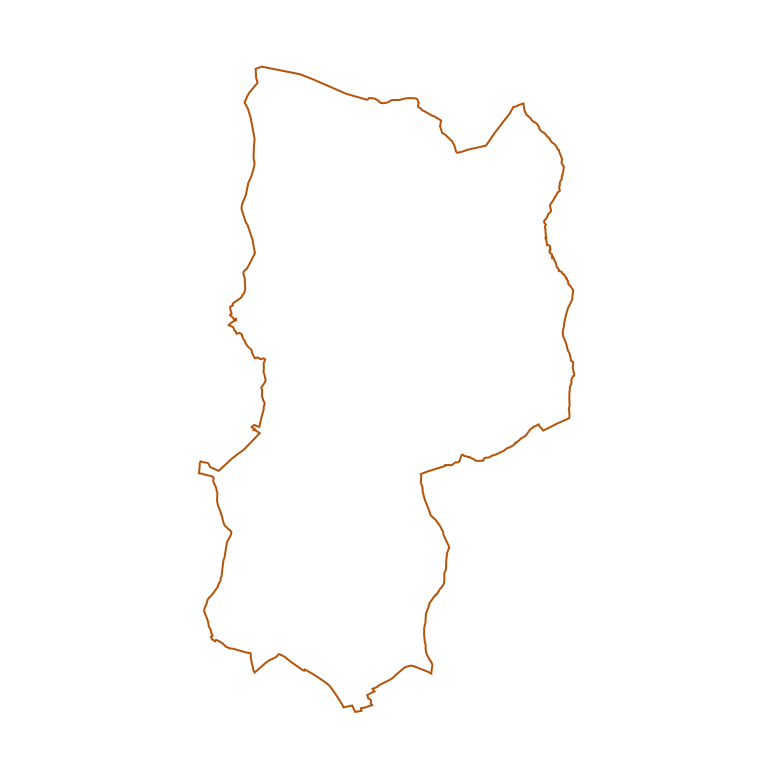 the district of Sacelu, Gorj, Romania, rotated 176°
{"feature_id": "2599482B5536240936017", "entity_name": "Sacelu", "entity_type": "district", "adm_level": 2, "iso_a3": "ROU", "parent_name": "Romania", "parent_adm1": "Gorj", "projection": "mercator", "projection_center": [23.537, 45.1], "detail": "fine", "context": "isolated", "style": "outline", "palette": "amber", "viewbox_px": 768, "rotation_deg": 176, "n_neighbors": 0, "source": "geoboundaries", "source_scale": "gbopen_adm2", "svg_char_len": 6135}
<svg xmlns="http://www.w3.org/2000/svg" viewBox="0 0 768 768"><g transform="rotate(176 384 384)"><path d="M490.0,707.4L490.2,698.4L489.1,693.3L498.0,684.1L500.1,680.9L503.5,674.6L500.6,668.2L498.4,658.8L496.0,637.7L497.4,628.0L498.4,618.1L497.7,614.4L498.0,611.5L499.3,607.2L502.4,599.3L505.3,594.2L508.7,581.9L512.9,573.6L513.8,570.2L513.9,568.5L511.5,558.4L510.4,554.5L509.1,552.4L505.0,536.9L504.8,533.7L503.6,523.5L512.4,509.0L516.0,506.1L516.5,504.2L516.3,501.5L515.5,499.3L515.7,496.0L515.7,489.2L516.2,486.9L517.1,484.8L520.8,479.9L528.4,475.4L529.5,474.3L529.3,472.9L532.1,471.7L532.0,468.6L531.1,464.7L532.7,463.8L532.8,463.4L529.8,460.5L529.2,458.9L527.1,459.4L527.0,458.1L531.9,456.0L534.8,453.6L530.3,451.1L529.6,447.9L528.2,446.8L528.1,445.4L527.3,444.4L525.1,445.1L524.2,444.9L522.3,443.4L522.3,442.2L521.9,441.8L522.1,441.0L520.6,437.8L519.7,436.7L519.2,434.1L517.0,430.6L514.0,427.6L513.6,426.4L513.5,424.4L511.9,420.3L510.8,418.6L508.5,419.3L507.3,418.8L505.6,417.4L502.2,418.0L500.9,416.6L502.6,412.9L502.8,407.3L503.4,404.4L502.6,401.7L501.9,396.9L502.0,395.5L502.6,394.1L506.4,389.4L506.7,388.7L506.0,386.8L506.5,380.3L505.6,376.1L504.7,374.3L504.4,372.7L505.7,369.0L505.7,367.3L508.8,358.5L511.4,349.8L516.3,352.2L519.1,350.3L516.2,348.0L517.2,347.2L514.6,346.2L511.4,343.6L528.5,328.2L535.8,323.7L541.4,319.8L555.0,308.9L563.3,313.3L564.5,316.7L565.8,317.7L569.4,318.5L572.3,319.6L573.3,317.9L573.7,314.2L574.8,307.8L571.4,307.1L568.3,305.8L562.7,304.2L560.5,302.7L561.1,299.2L560.9,298.1L558.6,291.9L558.4,288.9L557.8,287.0L558.7,279.2L558.0,273.9L556.9,271.1L555.1,264.2L553.8,256.9L552.8,253.9L547.1,247.9L546.6,246.6L547.2,244.3L551.7,237.0L555.3,221.7L556.1,220.4L556.7,218.3L559.5,203.4L560.3,201.7L560.7,199.5L562.8,196.0L564.3,192.8L570.1,186.0L572.1,184.0L573.5,183.0L574.8,181.4L575.8,179.2L576.1,177.6L578.5,173.2L579.3,169.8L576.6,161.3L576.0,158.5L575.7,154.6L574.0,150.8L573.7,149.5L573.8,148.4L572.6,144.8L574.4,143.8L573.5,142.1L573.2,141.0L572.2,140.6L570.5,139.0L569.4,140.4L566.8,139.2L562.6,136.1L560.4,133.3L556.7,131.2L553.3,130.5L540.2,125.8L536.1,124.9L535.7,122.5L536.1,119.7L535.7,117.7L535.2,113.5L534.6,111.0L534.5,108.4L533.2,105.2L521.4,114.1L518.0,116.2L511.9,118.6L509.5,120.1L508.0,121.8L506.6,121.4L502.5,119.1L496.1,113.2L485.7,104.8L483.6,103.5L482.9,104.7L475.4,99.8L465.0,91.9L459.9,87.4L457.1,83.3L452.1,74.7L447.6,66.2L447.0,64.2L438.2,65.5L435.6,58.9L429.3,59.5L429.7,62.1L425.0,62.7L418.2,64.5L419.5,66.1L419.0,69.1L419.4,70.0L421.8,71.8L422.0,73.6L422.5,74.8L417.7,77.0L414.9,77.9L416.7,80.7L412.5,82.0L409.8,83.9L398.0,88.9L395.0,90.7L392.0,93.4L383.3,99.7L380.8,100.5L376.8,101.2L374.6,100.7L360.7,94.1L357.0,91.8L357.0,92.6L355.3,100.4L356.3,103.6L357.3,104.8L360.4,112.0L361.0,116.3L360.7,120.4L361.3,124.6L361.5,131.2L360.9,138.2L359.3,143.0L358.4,150.5L358.0,152.4L355.3,158.1L353.8,162.4L348.5,168.7L347.2,170.1L347.0,169.8L345.8,170.8L342.8,175.1L339.4,178.8L338.2,180.8L337.5,184.0L337.1,190.3L336.6,192.1L335.1,194.6L335.0,195.3L334.2,204.0L333.4,207.6L333.0,210.8L330.3,216.3L330.6,217.7L335.2,229.3L335.3,232.2L338.0,238.5L342.1,245.0L345.9,248.9L346.8,250.2L347.6,254.0L351.4,265.8L352.9,273.9L352.8,278.2L354.2,283.1L353.2,288.7L353.6,291.6L346.3,293.8L329.1,297.9L328.9,298.8L324.2,298.7L323.3,298.2L321.9,298.4L318.1,300.9L316.6,300.6L314.7,301.1L313.8,302.4L311.8,307.4L310.5,308.1L309.3,306.8L308.1,306.3L307.3,306.3L305.4,305.2L303.6,305.4L302.9,304.4L300.2,303.0L297.7,301.0L290.5,300.5L290.0,300.9L290.0,302.0L289.8,302.4L288.1,303.3L284.8,303.4L283.2,303.8L280.9,305.2L279.7,305.2L276.7,306.1L268.6,309.3L265.7,311.4L263.4,311.9L258.9,314.0L257.6,315.7L256.5,316.4L256.4,316.0L250.7,320.3L246.4,322.4L241.6,328.1L237.7,331.0L235.9,331.4L232.6,332.9L232.0,331.4L228.4,326.4L213.0,332.9L201.8,336.9L201.2,338.6L201.1,339.7L201.3,341.0L200.9,342.6L201.4,344.3L201.4,345.9L200.4,349.5L200.1,358.1L199.7,359.8L199.8,361.0L199.5,363.5L199.1,364.8L198.8,368.1L197.5,370.4L196.7,372.8L197.1,374.3L195.0,378.6L193.7,379.0L193.6,380.4L194.6,387.3L193.9,390.2L193.8,392.2L194.0,393.0L194.6,393.5L195.6,393.8L196.6,400.8L198.4,405.2L199.1,409.7L200.0,413.6L202.0,419.2L202.1,423.7L200.4,429.3L199.9,432.7L197.9,439.4L195.1,447.0L190.5,454.8L188.7,464.5L190.6,467.3L191.2,469.0L191.9,469.3L193.3,471.2L192.9,471.9L193.5,473.5L193.4,474.2L194.2,475.6L194.2,476.1L194.5,476.7L194.9,476.7L195.6,478.6L196.7,480.6L198.0,481.3L199.1,483.6L201.7,484.5L201.4,485.6L203.7,489.2L203.9,491.7L204.7,494.6L205.6,495.5L205.7,497.3L207.5,497.9L206.7,499.2L207.7,499.8L207.3,501.4L209.6,503.5L209.6,503.9L209.1,504.5L209.6,505.5L209.6,505.9L208.5,506.7L209.0,507.8L208.6,509.4L209.9,511.0L211.6,511.0L211.8,511.3L211.9,515.6L212.1,516.5L212.8,517.9L212.6,518.9L212.0,518.7L212.0,519.1L212.3,523.5L212.1,527.3L212.6,528.4L212.6,529.5L211.4,531.8L212.8,533.6L213.0,534.3L212.7,535.7L209.8,538.8L208.5,541.9L206.5,543.4L205.2,544.9L205.8,548.8L205.8,550.9L205.5,551.6L202.7,554.9L200.7,558.2L199.2,560.0L198.0,562.2L196.7,563.5L195.4,564.1L195.0,565.0L195.6,566.6L195.4,567.4L195.5,568.1L195.3,569.2L194.8,569.6L194.6,571.1L194.7,571.9L193.6,574.7L192.3,576.0L192.3,578.2L192.0,579.2L191.4,579.7L191.2,581.3L190.8,581.9L189.4,588.0L190.2,589.0L190.3,590.0L191.5,592.1L191.4,593.0L190.5,595.6L193.1,603.7L193.3,605.3L194.7,606.5L195.3,608.7L196.7,610.9L200.1,613.8L201.9,617.6L204.6,620.3L206.0,622.7L208.8,624.6L210.6,626.5L211.3,628.2L211.3,629.3L213.5,633.2L217.8,636.2L219.3,639.0L223.1,642.7L224.6,646.6L225.1,649.8L225.3,654.1L230.0,652.9L233.5,651.4L235.4,651.6L239.8,645.0L256.1,626.7L265.6,614.7L284.0,611.9L291.1,610.0L294.9,609.6L295.9,610.8L297.1,616.6L299.0,621.2L305.6,628.5L307.5,629.9L308.4,630.2L310.1,637.1L308.7,642.9L315.4,647.6L317.2,648.2L321.9,651.5L326.6,654.4L327.2,654.9L327.6,655.8L330.5,658.0L330.5,660.1L329.8,661.9L330.0,663.0L331.1,665.9L332.8,666.8L338.1,667.4L342.8,667.4L348.4,666.3L355.7,666.7L356.7,666.6L360.9,664.6L364.8,664.1L367.3,664.6L368.9,665.4L369.3,666.5L373.4,669.4L378.0,670.2L379.4,670.1L380.1,669.1L381.3,668.8L401.4,676.1L433.5,692.8L446.0,698.8L483.7,709.1L490.0,707.4Z" fill="none" stroke="#b45309" stroke-width="2"/></g></svg>